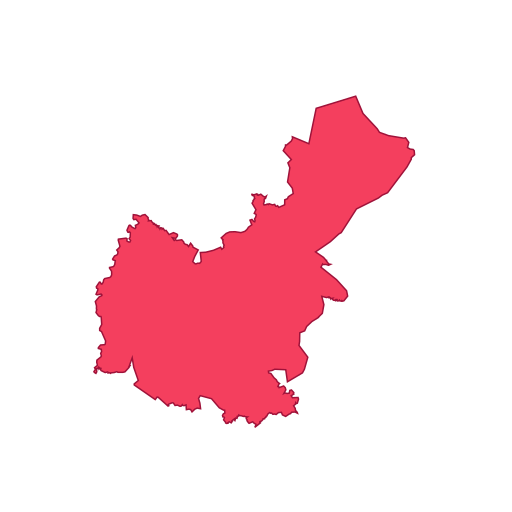 the district of Huitzuco de los Figueroa, Guerrero, Mexico, rotated 215°
{"feature_id": "50627088B46995962784697", "entity_name": "Huitzuco de los Figueroa", "entity_type": "district", "adm_level": 2, "iso_a3": "MEX", "parent_name": "Mexico", "parent_adm1": "Guerrero", "projection": "orthographic", "projection_center": [-99.245, 18.192], "detail": "fine", "context": "isolated", "style": "filled", "palette": "rose", "viewbox_px": 512, "rotation_deg": 215, "n_neighbors": 0, "source": "geoboundaries", "source_scale": "gbopen_adm2", "svg_char_len": 6096}
<svg xmlns="http://www.w3.org/2000/svg" viewBox="0 0 512 512"><g transform="rotate(215 256 256)"><path d="M369.4,162.6L369.0,162.0L365.8,160.8L365.1,160.1L363.4,157.7L363.1,155.8L363.4,154.6L367.0,150.7L367.1,149.1L366.1,146.8L366.1,144.7L366.7,144.3L368.6,145.2L369.3,144.8L369.2,139.2L368.1,138.2L366.9,138.5L366.1,137.5L365.1,132.9L363.9,133.0L361.1,136.0L359.8,135.7L359.6,135.1L361.0,132.6L361.5,126.5L358.0,123.6L356.3,121.0L355.7,120.8L354.6,117.9L350.8,116.7L349.2,116.8L348.4,117.5L347.7,117.1L343.1,111.4L342.6,107.1L341.3,105.3L339.2,105.5L330.5,100.2L329.0,97.4L329.1,96.6L332.3,93.9L332.6,90.6L332.1,89.8L329.2,90.8L327.6,89.0L327.4,87.2L325.3,85.4L325.2,84.2L326.6,79.5L325.6,77.7L323.2,75.5L324.2,71.9L322.5,71.1L322.5,68.4L321.7,67.9L319.8,68.0L320.0,69.8L322.1,72.2L321.1,73.0L321.3,74.7L320.6,74.8L319.8,73.6L319.6,74.6L318.6,75.0L318.3,73.8L317.1,73.3L312.7,74.0L311.2,75.8L310.5,75.9L310.1,75.3L309.1,76.3L307.8,76.5L307.9,77.0L305.4,79.1L303.7,81.4L302.4,81.5L298.4,84.3L296.9,85.9L296.1,91.9L296.5,92.3L296.2,93.1L296.6,92.6L296.7,92.9L296.2,94.0L297.0,94.2L299.0,101.6L292.2,94.6L281.0,86.5L282.4,81.3L281.7,80.5L256.2,80.6L256.1,83.7L255.2,84.2L242.0,82.6L241.6,83.3L242.6,83.5L242.7,84.2L240.5,87.7L239.3,88.2L236.6,87.1L234.8,88.8L232.0,89.3L231.1,90.3L231.1,91.9L230.4,91.6L229.1,92.1L227.9,93.9L224.9,90.2L223.1,92.1L221.4,92.7L219.0,91.6L218.2,95.6L216.9,97.7L213.8,99.1L217.6,103.3L221.4,106.4L221.6,109.6L210.6,113.6L199.0,110.6L194.2,111.1L193.2,111.7L191.4,109.4L192.2,108.1L192.0,106.2L190.9,105.2L190.0,105.7L189.1,105.5L188.6,103.2L185.7,102.4L185.1,101.8L184.0,102.0L183.0,103.0L183.4,103.4L182.8,104.9L180.6,105.1L180.6,106.3L181.2,106.9L180.6,107.4L180.9,108.3L180.4,109.5L178.9,109.1L179.3,110.4L180.2,110.6L179.7,111.6L178.5,112.1L178.8,113.3L179.4,113.8L178.7,114.5L178.9,115.9L177.7,115.8L176.8,116.6L174.2,117.4L173.8,118.1L172.9,118.1L170.7,119.3L171.2,118.0L170.7,117.1L169.6,116.9L168.9,115.9L166.3,115.0L165.7,115.0L163.6,118.3L161.3,117.9L159.7,118.2L159.2,117.7L158.7,115.0L156.7,121.8L157.4,121.8L157.8,122.6L156.8,124.0L156.5,126.1L156.8,126.8L155.6,127.6L155.9,128.7L155.4,129.6L155.8,130.3L155.3,131.2L155.7,133.2L155.0,135.6L153.8,135.6L153.1,136.3L151.4,136.0L150.0,137.3L148.6,137.7L147.8,140.6L145.5,142.5L143.2,141.0L139.7,141.6L138.2,145.5L137.3,146.7L137.2,148.5L134.5,150.6L131.8,151.0L132.6,151.6L135.1,152.2L136.5,153.7L139.3,154.9L138.7,157.1L139.3,158.5L138.4,158.1L137.7,159.1L139.1,163.2L140.4,164.2L144.9,160.8L147.0,161.7L145.9,164.5L146.4,164.5L146.7,165.8L150.1,166.6L151.2,165.3L150.1,162.7L151.6,161.3L153.9,160.3L154.3,159.5L154.8,163.5L156.5,164.9L158.8,165.4L161.6,161.4L162.6,162.1L163.2,161.7L163.8,164.2L163.5,165.0L166.5,165.2L168.2,166.2L171.5,166.6L176.4,168.3L178.6,167.5L179.8,168.8L177.2,171.4L175.7,174.0L166.4,179.9L158.1,171.0L150.9,186.9L151.4,191.0L155.5,202.8L169.5,207.4L171.2,210.9L176.1,218.2L173.2,222.6L174.1,227.3L172.6,234.5L169.6,241.5L169.8,241.7L168.8,247.1L172.5,255.1L179.0,260.7L174.4,262.4L172.8,264.4L171.8,264.4L171.9,263.9L171.2,264.3L170.1,263.7L170.1,264.3L168.9,265.4L169.0,264.6L167.3,264.2L165.9,264.9L165.8,265.4L165.0,265.1L164.6,266.1L165.1,266.5L164.6,266.8L164.2,265.9L163.3,266.0L162.5,266.8L162.4,267.7L161.7,267.3L159.9,268.1L160.0,268.7L159.3,268.6L158.3,269.7L157.9,275.7L161.9,279.5L176.5,282.8L196.4,284.1L196.8,287.5L196.4,287.3L193.9,289.2L191.3,290.0L190.2,291.9L191.8,291.2L195.5,292.3L195.7,292.9L196.4,292.7L199.9,293.6L209.6,293.5L203.3,310.4L200.8,321.6L199.6,324.0L200.7,352.2L189.0,373.7L187.5,378.3L184.5,383.3L183.4,415.6L184.3,424.3L185.2,425.7L184.2,429.9L186.8,433.0L188.4,433.4L191.0,432.0L194.1,431.7L196.0,436.7L201.3,438.6L202.5,437.3L216.5,430.6L225.8,428.1L229.6,429.7L250.1,434.1L266.0,444.1L291.4,411.5L277.1,378.3L294.6,374.5L293.4,373.1L293.0,370.4L294.6,364.4L295.5,363.9L294.7,362.6L294.1,357.9L282.4,355.3L283.3,350.6L278.9,347.7L272.6,334.7L265.2,332.4L261.3,328.5L263.5,323.1L263.1,321.0L264.7,318.5L261.9,314.4L265.2,308.9L267.2,309.6L267.8,308.4L268.5,308.1L270.3,309.0L271.9,307.3L275.3,306.3L275.3,305.3L276.7,305.0L276.7,304.4L278.7,302.4L279.8,303.1L280.6,305.6L281.6,306.6L281.9,307.9L281.2,308.5L281.9,311.0L282.4,309.5L284.1,309.1L287.5,309.4L288.9,307.1L289.7,307.4L289.6,306.8L290.1,306.7L291.1,307.2L292.8,304.9L294.7,304.3L294.6,303.9L293.7,303.5L292.4,304.0L291.1,303.5L290.5,302.3L290.0,302.3L290.2,299.6L289.7,299.3L289.5,297.0L282.6,293.9L281.9,289.9L280.0,290.1L279.4,289.8L278.5,287.5L278.5,285.6L277.1,284.5L276.7,283.3L277.8,283.0L280.3,283.6L281.5,281.9L277.3,279.1L278.7,275.3L278.6,272.6L279.2,270.0L280.3,268.4L281.8,266.5L287.2,263.8L291.3,260.7L293.4,257.4L294.9,250.9L292.7,250.5L292.9,250.2L291.7,249.4L290.6,247.8L288.3,246.6L288.2,245.5L287.2,244.5L287.9,241.9L290.0,242.9L294.1,236.3L299.3,230.3L303.6,226.9L297.7,220.1L298.0,217.6L299.5,216.8L300.7,215.1L301.4,214.7L304.6,215.1L305.9,220.4L306.8,227.8L312.6,227.1L313.7,228.0L316.9,229.0L316.7,225.1L319.0,225.8L320.3,225.1L322.2,225.1L323.2,226.0L326.1,226.7L329.9,223.2L331.5,223.2L331.9,221.8L335.1,223.0L332.2,224.2L331.8,224.8L331.8,227.2L332.4,228.3L333.3,228.6L337.0,227.8L339.5,223.7L344.3,225.4L345.4,224.4L347.8,225.4L348.3,224.3L348.7,225.0L350.2,224.6L350.2,223.2L350.8,223.8L351.4,223.3L352.4,223.7L352.6,225.0L353.8,224.4L353.8,223.5L354.4,224.2L355.1,223.6L356.1,223.7L356.1,224.3L356.8,223.9L357.7,224.2L357.7,223.5L358.3,223.2L359.0,224.0L361.2,224.3L362.1,224.9L364.3,223.1L364.5,224.0L365.9,224.7L366.4,225.6L370.7,226.3L372.6,224.2L373.4,222.1L377.2,221.1L380.2,219.5L378.3,216.3L377.0,215.7L375.3,217.3L370.8,216.0L371.1,214.1L372.4,211.9L370.7,210.3L370.8,209.0L374.0,208.5L376.5,209.1L377.4,208.6L377.5,207.9L376.5,203.1L374.7,202.0L373.9,202.3L373.6,203.2L372.3,203.0L369.9,199.3L369.9,197.4L367.7,196.9L367.3,195.2L367.9,194.6L369.9,194.2L370.5,194.4L371.5,196.2L372.7,196.1L378.4,190.9L378.0,190.0L373.0,185.9L372.8,184.4L373.5,181.0L371.5,180.3L370.5,178.4L370.6,177.0L371.9,174.9L371.7,171.2L370.9,170.8L368.6,171.5L366.9,168.1L366.6,166.4L366.9,165.3L369.4,162.6Z" fill="#f43f5e" stroke="#9f1239" stroke-width="1.5"/></g></svg>